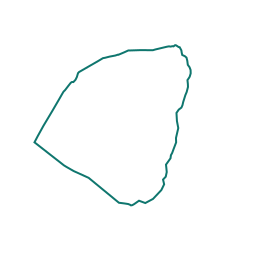 Wad Al Mahi, Blue Nile, Sudan, rotated 238°
{"feature_id": "16777658B66589666845183", "entity_name": "Wad Al Mahi", "entity_type": "district", "adm_level": 2, "iso_a3": "SDN", "parent_name": "Sudan", "parent_adm1": "Blue Nile", "projection": "natural_earth1", "projection_center": [34.827, 11.596], "detail": "fine", "context": "isolated", "style": "outline", "palette": "teal", "viewbox_px": 256, "rotation_deg": 238, "n_neighbors": 0, "source": "geoboundaries", "source_scale": "gbopen_adm2", "svg_char_len": 1363}
<svg xmlns="http://www.w3.org/2000/svg" viewBox="0 0 256 256"><g transform="rotate(238 128 128)"><path d="M165.4,41.1L130.2,53.9L127.6,55.2L120.3,59.1L106.6,68.2L69.4,80.7L68.2,82.2L65.9,85.0L63.4,87.9L61.9,89.0L60.8,89.5L60.3,90.8L60.2,92.8L60.5,98.8L55.2,102.9L54.6,111.6L57.7,123.4L61.1,128.8L65.7,130.4L66.7,134.2L70.1,137.5L73.7,139.3L76.8,140.8L79.8,148.0L82.2,150.0L83.4,152.2L85.9,155.4L90.3,161.2L94.1,163.4L101.3,170.6L108.0,173.2L115.1,177.1L116.7,180.8L117.0,184.1L118.5,186.3L120.8,188.6L125.0,193.5L125.5,194.1L127.4,196.8L131.0,200.6L133.6,202.1L137.1,203.8L138.2,206.3L138.8,207.5L141.1,210.1L144.0,211.8L146.9,212.4L149.9,212.2L153.6,213.9L156.7,214.9L158.7,214.3L161.2,212.7L163.5,213.5L165.6,214.4L168.9,214.6L169.2,214.6L169.8,213.8L171.1,213.3L172.9,212.4L173.3,211.6L173.1,209.9L173.8,209.1L174.5,207.2L175.0,206.6L175.5,206.1L176.3,204.1L180.1,192.8L180.8,190.3L187.4,179.9L193.1,170.1L193.6,169.3L194.2,164.8L195.2,158.6L195.3,158.5L195.5,158.4L196.2,155.6L198.3,150.2L199.8,145.5L200.5,143.8L200.6,138.5L201.0,127.6L201.4,116.1L201.0,114.7L199.8,113.3L198.3,111.6L198.0,111.1L196.7,109.0L195.9,106.0L196.7,104.9L196.7,104.1L196.7,103.5L195.2,99.3L195.0,98.8L193.4,94.5L193.1,93.0L193.0,92.7L192.9,92.4L191.5,89.7L189.5,86.0L182.7,73.1L176.7,61.4L174.7,57.5L168.8,46.9L165.4,41.1Z" fill="none" stroke="#0f766e" stroke-width="2"/></g></svg>